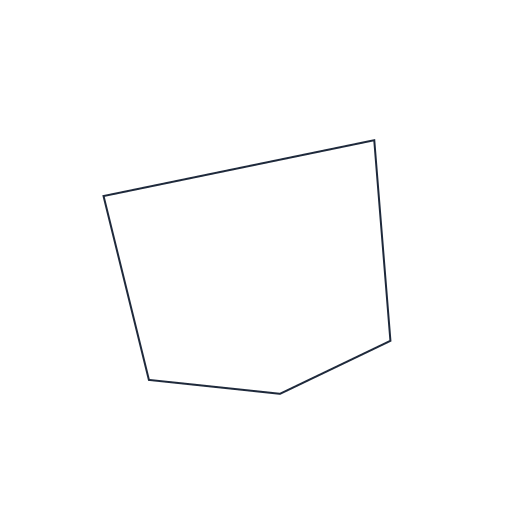 SVG path tracing the border of Isla, rotated 216°
{"feature_id": "MLT-5953", "entity_name": "Isla", "entity_type": "state/province", "adm_level": 1, "iso_a3": "MLT", "parent_name": "Malta", "parent_adm1": "", "projection": "albers", "projection_center": [14.513, 35.886], "detail": "fine", "context": "isolated", "style": "outline", "palette": "slate", "viewbox_px": 512, "rotation_deg": 216, "n_neighbors": 0, "source": "natural_earth", "source_scale": "10m", "svg_char_len": 236}
<svg xmlns="http://www.w3.org/2000/svg" viewBox="0 0 512 512"><g transform="rotate(216 256 256)"><path d="M155.6,158.6L269.8,92.8L414.6,214.9L228.4,419.2L97.4,266.4L155.6,158.6Z" fill="none" stroke="#1e293b" stroke-width="2"/></g></svg>